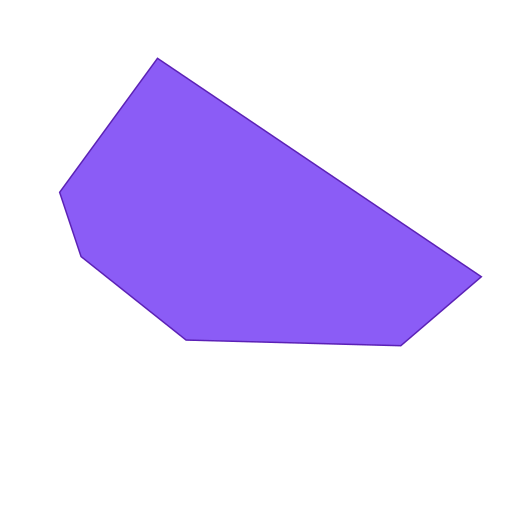 the border of Saint Martin, rotated 214°
{"feature_id": "MAF", "entity_name": "Saint Martin", "entity_type": "country or territory", "adm_level": 0, "iso_a3": "MAF", "parent_name": "North America", "parent_adm1": "", "projection": "equal_earth", "projection_center": [-63.051, 18.092], "detail": "fine", "context": "isolated", "style": "filled", "palette": "violet", "viewbox_px": 512, "rotation_deg": 214, "n_neighbors": 0, "source": "natural_earth", "source_scale": "50m", "svg_char_len": 253}
<svg xmlns="http://www.w3.org/2000/svg" viewBox="0 0 512 512"><g transform="rotate(214 256 256)"><path d="M448.2,364.8L57.6,364.8L85.8,262.6L267.0,147.2L400.7,157.7L454.4,199.0L448.2,364.8Z" fill="#8b5cf6" stroke="#5b21b6" stroke-width="1.5"/></g></svg>